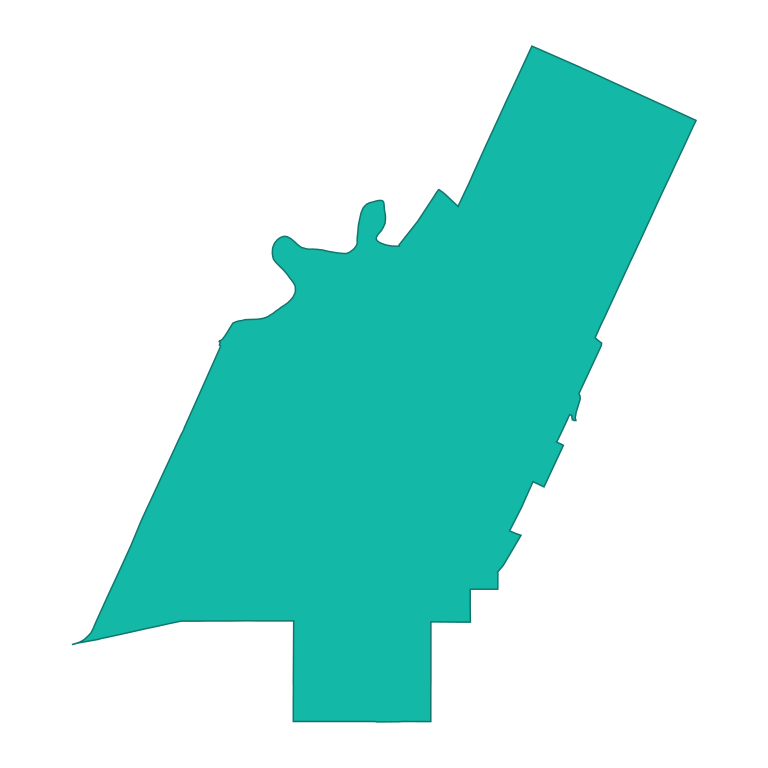 Ciochina, Ialomita, Romania (Albers equal-area conic projection)
{"feature_id": "2599482B22569016944723", "entity_name": "Ciochina", "entity_type": "district", "adm_level": 2, "iso_a3": "ROU", "parent_name": "Romania", "parent_adm1": "Ialomita", "projection": "albers", "projection_center": [27.026, 44.577], "detail": "fine", "context": "isolated", "style": "filled", "palette": "teal", "viewbox_px": 768, "rotation_deg": 0, "n_neighbors": 0, "source": "geoboundaries", "source_scale": "gbopen_adm2", "svg_char_len": 5161}
<svg xmlns="http://www.w3.org/2000/svg" viewBox="0 0 768 768"><path d="M575.9,420.5L575.2,417.6L575.7,415.1L576.2,412.1L577.4,408.4L578.1,405.9L579.5,401.5L580.2,399.1L580.0,395.8L578.9,393.7L601.0,346.3L601.4,345.2L601.6,343.0L600.3,342.1L598.1,340.4L595.1,337.7L595.6,336.7L601.4,323.8L605.3,315.7L626.6,269.6L630.5,261.2L633.0,256.0L635.6,250.4L636.9,247.5L640.7,239.4L647.9,223.7L651.3,216.4L653.0,212.7L658.5,200.6L661.4,194.4L666.8,182.9L668.4,179.6L671.9,172.2L675.8,163.6L676.3,162.6L678.8,157.4L679.9,154.9L683.9,146.5L687.7,138.3L693.2,126.4L696.1,120.5L696.1,120.4L693.6,119.3L689.0,117.2L685.8,115.7L682.1,114.0L674.6,110.6L672.7,109.7L667.6,107.3L655.7,101.9L649.0,98.8L642.8,96.0L637.8,93.7L633.3,91.6L627.8,89.1L624.4,87.6L620.6,85.8L615.7,83.6L611.5,81.7L607.7,79.9L606.5,79.4L604.2,78.3L601.4,77.0L597.8,75.3L594.0,73.6L587.0,70.4L581.6,68.0L580.6,67.5L580.0,67.2L531.9,46.1L520.9,69.9L513.3,86.2L507.6,98.3L503.7,106.8L499.0,117.1L486.4,144.4L486.3,144.5L473.0,174.1L471.1,178.6L469.6,181.9L468.4,184.5L463.3,195.2L458.3,205.9L458.1,206.5L457.9,206.3L445.6,194.7L443.1,192.6L439.0,189.6L438.1,190.3L435.8,193.6L433.7,197.0L425.7,209.1L417.7,221.3L399.0,245.0L399.4,246.0L397.2,246.2L394.8,246.1L392.3,246.1L389.9,245.7L386.1,245.0L382.1,243.6L380.0,242.7L377.9,241.4L376.9,240.3L376.3,239.1L376.2,238.3L376.4,237.4L377.2,235.7L377.9,234.7L379.3,232.9L381.0,231.1L383.3,227.3L385.0,223.5L385.4,220.3L385.5,217.5L385.4,215.1L384.9,212.5L384.5,210.4L384.3,207.8L384.1,204.9L383.7,202.3L383.2,201.5L382.5,200.8L381.4,200.5L380.3,200.4L378.5,200.5L376.1,201.0L374.4,201.5L372.7,202.0L369.5,202.8L367.5,203.8L366.6,204.2L365.4,205.5L364.6,206.2L363.6,207.3L362.7,208.9L362.1,210.4L361.1,212.7L359.8,218.5L359.2,221.3L358.6,224.1L358.2,227.4L358.0,230.0L357.8,232.7L357.6,234.2L357.4,235.8L357.2,238.6L357.1,240.5L357.3,241.8L357.1,243.7L356.3,245.7L354.5,248.3L352.6,250.0L351.4,250.9L350.2,251.7L348.8,252.6L346.5,253.5L344.1,253.5L338.0,253.0L333.2,252.2L328.4,251.4L323.1,250.1L317.5,249.4L312.5,249.1L309.1,249.2L306.7,248.9L304.9,248.4L301.3,247.4L300.2,246.6L297.5,244.5L296.6,243.7L294.9,242.0L290.9,238.7L289.3,237.8L288.1,237.2L287.2,236.7L286.1,236.5L284.8,236.3L283.4,236.5L281.2,237.2L279.5,238.1L277.2,239.9L276.8,240.3L276.6,240.7L275.8,241.6L275.4,242.1L274.9,242.7L274.5,243.4L274.2,244.1L273.7,245.1L273.1,246.7L272.7,247.9L272.5,249.5L272.3,253.3L272.8,256.6L273.5,259.3L276.1,262.7L281.2,267.8L282.4,268.9L283.8,270.4L285.4,272.2L287.1,274.2L288.1,275.6L290.1,278.4L291.9,280.6L293.5,282.9L294.9,285.4L295.3,287.1L295.4,289.6L295.3,291.8L294.9,293.4L293.9,295.3L293.1,297.0L290.5,300.1L287.8,302.8L283.7,305.7L281.2,307.2L279.1,308.9L275.5,311.4L273.3,313.2L269.9,315.3L267.6,316.8L263.9,318.1L261.9,318.6L258.7,319.1L256.3,319.3L252.0,319.4L249.1,319.5L247.3,319.6L245.4,319.6L242.1,320.5L238.2,321.1L236.0,321.8L232.9,323.1L228.3,330.5L227.8,331.5L226.8,333.0L224.3,336.8L222.5,339.1L222.3,339.3L222.0,339.7L221.5,340.0L221.1,340.3L220.7,340.4L220.5,340.5L219.7,340.7L219.5,340.9L219.2,341.3L219.2,341.7L219.6,341.9L219.8,342.0L220.2,342.2L220.3,342.3L220.3,342.6L220.2,343.0L219.7,344.0L219.6,344.4L219.4,345.1L220.5,346.1L220.6,346.3L215.6,357.6L215.5,357.8L198.2,396.7L191.1,412.6L184.0,428.5L184.0,429.2L183.0,431.1L182.5,432.1L181.4,434.1L180.3,436.3L168.6,461.6L164.6,470.2L158.8,482.7L151.8,497.9L144.1,514.4L141.0,521.2L133.8,538.6L131.2,544.9L130.5,546.5L118.4,573.0L107.9,595.6L96.9,619.9L95.4,623.3L94.7,624.8L94.3,625.8L93.7,627.5L90.9,633.0L90.3,633.6L88.7,635.3L86.8,637.2L84.4,639.4L82.9,640.4L79.7,642.1L77.6,642.9L73.5,644.1L71.9,644.6L73.7,644.1L74.9,643.9L76.2,643.5L77.6,643.1L80.9,642.5L86.0,641.6L88.2,641.2L98.8,639.3L99.3,639.0L103.2,638.1L109.4,636.8L120.8,634.3L125.3,633.3L129.8,632.3L139.6,630.1L148.9,628.0L155.2,626.7L158.3,626.1L159.7,625.7L163.9,624.8L169.5,623.5L175.5,622.3L175.9,622.2L181.2,621.1L184.5,621.1L191.1,621.1L194.5,621.1L198.7,621.1L199.9,621.1L206.3,621.0L214.5,621.0L218.7,621.0L222.2,621.0L227.0,621.0L228.1,621.0L237.3,620.9L243.8,620.8L251.2,620.8L255.9,620.9L262.5,620.9L270.1,620.9L278.0,620.9L287.9,620.9L288.8,620.9L289.4,620.9L293.7,620.9L293.3,683.1L293.4,686.7L293.4,688.5L293.3,702.0L293.3,703.1L293.3,708.7L293.3,720.2L293.3,721.5L299.2,721.5L309.9,721.5L320.5,721.5L334.2,721.5L363.9,721.5L375.3,721.5L376.3,721.9L383.6,721.9L394.7,721.8L396.2,721.8L399.1,721.8L401.0,721.6L402.9,721.5L430.8,721.6L430.8,708.2L430.8,702.2L430.8,698.6L430.8,693.7L430.8,688.8L430.9,681.7L430.9,673.9L430.9,664.8L430.9,647.1L430.9,643.2L430.9,633.6L430.9,621.9L457.9,622.1L470.4,622.1L470.3,614.1L470.2,606.1L470.2,594.3L470.3,589.2L497.8,589.2L497.9,572.9L497.5,572.3L503.4,565.2L512.2,550.3L521.0,535.3L515.6,533.4L509.6,530.9L521.6,507.3L523.8,502.3L532.9,481.9L533.0,481.7L544.0,486.9L549.2,475.8L563.2,445.8L563.4,445.3L556.8,442.1L556.5,441.9L557.2,441.0L560.5,434.3L563.3,428.4L566.7,421.1L567.1,420.3L568.2,417.7L568.8,416.3L569.4,415.4L569.7,414.6L570.2,414.7L570.8,415.0L571.5,415.4L571.8,415.4L571.8,416.6L571.8,417.1L571.9,417.5L572.2,418.8L572.3,419.8L573.3,420.0L573.9,420.5L574.4,420.5L575.5,420.5L575.9,420.5Z" fill="#14b8a6" stroke="#0f766e" stroke-width="1.5"/></svg>